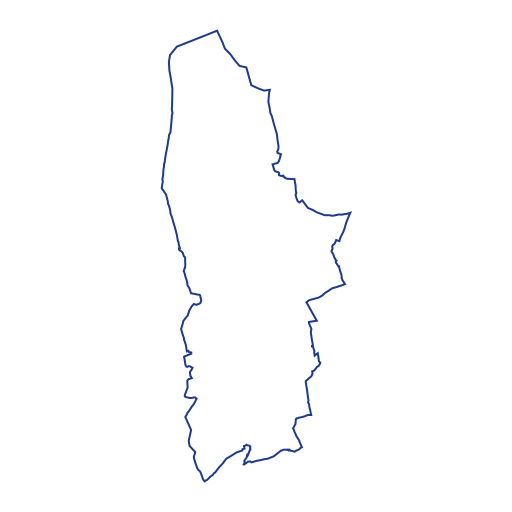 Hægebostad nor, Vest-Agder, Norway
{"feature_id": "86288312B80239267683726", "entity_name": "Hægebostad nor", "entity_type": "district", "adm_level": 2, "iso_a3": "NOR", "parent_name": "Norway", "parent_adm1": "Vest-Agder", "projection": "mercator", "projection_center": [7.226, 58.477], "detail": "fine", "context": "isolated", "style": "outline", "palette": "blue", "viewbox_px": 512, "rotation_deg": 0, "n_neighbors": 0, "source": "geoboundaries", "source_scale": "gbopen_adm2", "svg_char_len": 5998}
<svg xmlns="http://www.w3.org/2000/svg" viewBox="0 0 512 512"><path d="M217.1,30.7L176.9,46.6L170.0,55.0L168.9,62.0L169.4,70.6L170.4,75.8L172.4,88.8L172.1,105.6L171.8,109.2L172.5,113.1L171.8,115.9L171.8,117.7L171.5,120.9L170.5,132.0L169.0,135.3L168.7,138.5L168.2,140.5L167.7,144.4L166.4,151.5L165.9,153.8L165.1,158.7L164.7,162.1L164.0,164.6L164.0,166.6L163.5,169.2L163.2,173.0L163.2,174.8L162.8,176.9L162.4,179.7L162.8,181.0L162.8,181.9L162.3,184.0L161.7,188.2L166.1,194.6L166.2,195.0L167.1,198.7L167.7,200.8L168.1,204.0L168.8,205.3L169.0,206.1L169.6,208.0L170.2,210.5L170.5,213.4L171.1,215.0L172.2,218.0L172.8,220.1L173.0,221.1L174.9,227.4L176.9,235.1L177.8,240.6L178.1,241.5L178.4,241.9L178.6,242.4L178.7,244.0L179.0,245.4L179.3,246.5L180.0,248.1L179.4,248.5L179.0,248.5L179.1,249.2L179.2,249.9L179.8,250.5L180.5,250.6L182.5,252.5L182.8,252.9L183.0,253.6L183.8,256.0L185.0,257.4L185.1,258.3L185.2,261.9L185.2,262.8L185.3,265.0L185.0,267.8L184.5,268.7L183.7,271.3L184.3,272.2L184.9,274.7L185.5,276.8L186.5,279.8L186.9,281.1L187.3,283.0L187.3,284.1L187.5,285.5L189.3,288.0L190.6,292.0L191.1,293.3L196.0,294.2L197.1,294.5L199.2,294.7L200.0,295.1L200.2,295.6L200.4,296.8L200.4,297.1L200.7,297.8L201.0,299.6L201.3,300.3L200.3,303.1L199.1,303.8L196.4,304.8L195.4,304.4L194.1,304.2L193.8,304.0L191.7,306.3L189.2,310.6L188.4,313.5L187.5,315.9L186.8,316.5L183.4,320.9L182.8,323.5L181.1,329.1L182.8,335.0L183.8,337.7L184.2,340.2L184.4,340.6L185.9,345.1L186.4,348.7L186.9,351.4L188.4,350.9L188.8,351.9L191.3,352.5L191.3,353.7L184.1,356.6L185.5,365.2L186.3,366.6L187.5,366.8L188.7,366.1L190.3,366.5L192.5,367.7L192.4,368.0L191.6,369.7L190.2,371.5L189.9,372.9L190.4,375.8L191.8,378.1L188.3,379.4L187.3,380.6L187.6,387.7L184.8,395.1L184.7,395.5L184.9,396.6L187.1,397.4L189.4,397.8L189.8,398.0L191.5,398.0L193.6,397.5L195.1,397.4L196.6,398.7L193.7,404.3L191.6,406.9L188.7,411.5L187.7,412.5L187.4,412.8L187.4,413.1L187.3,413.7L185.3,416.9L191.1,430.0L188.8,440.3L189.0,443.3L189.8,446.2L195.3,452.1L194.1,456.0L193.9,456.5L193.8,457.2L194.3,459.3L195.5,463.2L197.2,468.1L198.6,470.2L199.8,471.1L200.6,472.5L201.3,474.3L201.9,476.0L203.0,479.3L204.6,481.3L207.1,479.8L208.0,479.1L209.8,477.1L211.5,475.8L212.8,475.0L213.9,473.2L214.8,472.8L215.1,472.4L215.5,472.1L215.6,471.8L219.3,467.1L223.0,463.2L224.1,461.5L224.7,460.8L225.3,459.9L226.5,458.6L230.7,456.1L237.0,452.2L242.3,450.5L242.5,449.2L244.5,448.7L244.0,446.3L244.0,446.0L245.4,445.6L246.5,444.7L247.0,445.1L247.3,445.3L249.3,445.7L249.8,446.0L250.0,446.2L250.3,446.7L250.4,447.0L250.3,447.4L250.0,448.0L250.3,448.7L250.2,448.9L250.4,449.3L250.1,449.9L249.8,450.0L249.7,450.3L249.8,450.5L249.2,451.6L248.9,452.3L248.7,453.3L248.4,453.5L248.2,454.1L248.1,454.6L247.2,454.6L246.9,455.8L247.4,456.1L247.3,456.3L246.3,457.9L245.5,459.2L244.6,460.3L244.3,460.9L244.3,461.1L244.5,461.6L244.6,461.8L244.6,462.3L244.4,463.2L243.7,464.4L244.0,464.5L246.2,463.1L246.5,462.8L247.0,462.4L247.8,461.7L249.0,461.6L250.3,461.4L251.4,462.4L256.4,460.9L261.0,460.0L264.3,459.2L267.0,458.8L268.5,458.5L271.9,457.0L273.5,456.5L277.0,453.8L280.9,450.6L281.4,450.7L282.8,449.9L284.8,449.6L286.7,449.8L287.3,450.0L287.9,449.5L288.1,449.6L288.1,449.8L288.3,449.9L288.7,449.8L289.0,450.4L289.5,450.0L289.6,450.3L290.0,450.2L290.7,450.8L291.2,450.7L294.7,451.7L295.4,451.1L298.4,449.6L299.3,449.3L300.3,448.1L301.6,447.4L301.9,447.3L299.8,442.5L299.4,441.7L299.2,440.5L298.0,438.5L296.6,436.5L295.0,432.9L294.9,432.7L293.7,429.4L293.0,428.5L295.5,423.9L295.8,419.5L296.2,418.9L296.2,418.7L296.6,418.3L297.4,418.4L298.8,417.7L301.7,417.2L305.3,416.1L306.9,415.3L307.6,415.2L308.6,415.0L311.2,415.0L310.6,412.5L310.3,410.6L309.5,407.6L309.0,403.9L308.0,402.5L308.5,400.7L308.4,400.4L308.3,399.4L307.6,394.7L307.0,389.4L306.3,385.8L305.7,381.2L306.2,380.7L311.3,376.3L312.5,373.7L312.2,371.4L313.5,371.0L314.1,370.6L316.1,368.2L316.8,367.0L317.7,366.6L318.8,365.8L320.0,363.7L320.3,362.6L319.3,361.9L319.1,361.6L318.7,360.1L318.6,357.9L318.4,357.3L318.3,356.5L317.7,353.2L314.7,355.6L314.2,352.4L314.3,350.9L314.2,350.3L313.9,349.7L313.3,347.8L313.1,346.7L312.0,346.5L312.0,345.9L312.9,345.6L312.6,343.4L312.5,343.1L311.7,338.5L311.3,335.6L310.8,332.4L311.4,329.0L309.0,323.3L308.9,322.0L316.8,320.7L312.4,313.0L307.9,304.8L306.4,302.3L308.0,301.1L308.4,300.7L309.4,300.1L318.3,297.7L319.8,297.0L322.8,295.1L325.2,292.8L327.1,291.7L331.9,288.5L333.2,288.0L333.7,287.8L335.1,287.5L342.0,285.3L345.0,284.1L342.4,280.0L342.0,279.1L341.7,278.4L341.7,276.6L341.4,274.7L340.1,271.0L339.3,267.8L339.0,267.2L339.1,266.4L338.3,266.3L336.9,263.9L336.1,262.8L335.8,262.0L335.9,261.0L336.4,260.7L335.8,260.1L335.3,259.4L335.3,258.9L334.6,257.9L334.2,257.2L334.1,256.5L333.1,253.9L331.5,251.4L332.6,248.5L332.2,246.9L332.4,246.1L333.0,244.9L334.3,244.1L334.4,243.9L334.7,243.3L335.3,242.2L335.7,241.3L336.1,240.6L336.2,240.1L339.4,241.1L340.3,237.9L343.4,231.6L344.6,228.4L345.9,223.7L346.6,221.7L346.7,221.4L347.4,219.6L348.5,216.9L348.9,216.1L349.4,214.7L350.3,212.8L346.6,213.9L343.8,214.2L341.8,214.7L341.4,214.6L338.7,214.5L337.9,214.6L336.6,215.0L335.6,215.1L334.9,215.4L331.7,215.8L331.3,215.6L330.6,215.4L329.1,215.2L324.8,215.2L316.9,212.4L313.0,210.1L307.9,207.9L302.6,200.8L302.2,200.3L299.5,202.5L297.6,201.1L296.4,197.9L295.6,195.0L296.3,193.0L296.0,191.6L295.8,191.0L295.5,185.0L294.9,182.2L294.5,179.1L287.4,178.8L286.4,178.5L286.1,178.5L285.3,178.0L285.2,177.6L283.6,176.9L283.4,176.6L283.7,176.4L283.6,176.1L283.2,175.6L281.3,176.0L278.9,175.1L279.0,174.1L278.8,172.5L278.4,172.2L277.1,171.9L275.2,171.2L274.4,170.5L272.6,164.4L273.8,164.2L274.6,163.7L277.6,163.0L278.9,161.1L280.3,157.0L280.3,155.9L281.0,154.3L277.6,152.9L277.2,151.7L278.4,148.9L278.5,146.9L278.4,145.4L277.4,139.1L276.9,134.2L273.5,122.5L271.7,115.7L270.5,113.4L270.3,112.7L269.9,109.7L268.4,101.8L269.0,93.4L269.8,89.8L264.1,90.6L258.6,88.6L251.3,85.2L246.8,69.1L246.3,67.4L239.5,65.9L234.3,59.7L230.3,54.2L225.0,48.7L224.5,47.6L222.6,42.6L217.1,30.7Z" fill="none" stroke="#1e3a8a" stroke-width="2"/></svg>